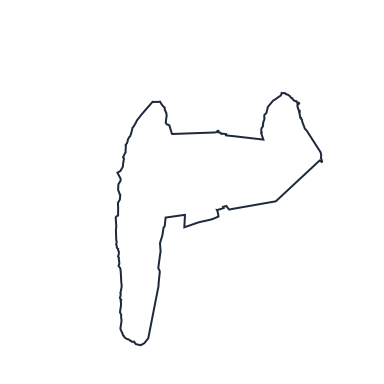 Hidalgo, Nuevo León, Mexico (Mercator projection), rotated 235°
{"feature_id": "50627088B74027010733111", "entity_name": "Hidalgo", "entity_type": "district", "adm_level": 2, "iso_a3": "MEX", "parent_name": "Mexico", "parent_adm1": "Nuevo León", "projection": "mercator", "projection_center": [-100.452, 26.003], "detail": "fine", "context": "isolated", "style": "outline", "palette": "slate", "viewbox_px": 384, "rotation_deg": 235, "n_neighbors": 0, "source": "geoboundaries", "source_scale": "gbopen_adm2", "svg_char_len": 4921}
<svg xmlns="http://www.w3.org/2000/svg" viewBox="0 0 384 384"><g transform="rotate(235 192 192)"><path d="M142.2,315.5L142.3,316.0L146.2,317.3L147.9,318.9L150.6,320.1L174.8,321.1L176.2,321.2L178.0,320.9L179.4,320.8L180.0,321.0L186.3,322.6L188.0,323.5L188.4,323.4L188.9,323.3L189.9,323.5L190.2,323.8L190.6,323.3L191.9,323.7L194.3,325.1L194.8,325.1L195.6,325.5L196.3,325.6L196.4,325.8L196.0,326.3L196.7,326.8L197.2,326.2L198.8,326.5L199.2,326.8L199.8,326.8L200.4,327.2L201.4,327.3L201.7,327.6L203.0,328.4L203.3,328.9L203.8,329.1L202.8,329.7L203.2,330.7L204.0,330.5L205.1,329.6L205.9,329.3L206.5,329.6L207.1,329.1L207.6,328.5L208.0,328.2L208.5,328.0L209.1,327.9L209.6,327.9L210.1,327.7L211.2,327.9L212.0,327.3L212.5,327.2L214.0,327.1L214.4,327.1L215.0,327.0L215.4,326.8L215.9,326.7L217.0,326.0L218.1,325.4L218.2,325.1L218.5,325.1L218.9,324.9L219.4,325.0L220.1,324.3L220.5,323.8L220.7,323.3L220.8,323.1L221.1,322.7L221.7,322.3L220.6,321.0L220.1,319.9L220.2,316.9L220.1,313.6L220.3,310.7L218.2,303.1L218.1,302.7L217.3,302.0L216.7,301.4L216.4,301.0L215.9,300.2L215.5,299.8L214.6,299.0L214.4,298.7L214.1,298.1L213.9,297.7L213.9,297.0L213.8,296.3L213.5,295.3L212.4,294.6L212.1,294.3L211.8,294.0L211.6,293.9L211.2,293.9L210.8,293.6L210.5,293.4L210.1,293.0L209.2,291.9L209.0,291.4L208.4,290.7L207.9,289.9L207.6,289.8L207.1,289.5L206.9,289.3L206.7,288.8L206.4,288.6L205.8,288.3L205.6,288.2L205.4,288.1L205.0,287.5L204.8,286.7L204.4,285.7L204.1,285.2L203.3,284.4L201.9,283.6L201.3,283.5L200.5,283.0L200.1,282.6L200.3,282.4L194.0,280.5L213.0,259.1L214.1,257.8L216.2,255.4L216.3,255.3L218.5,252.8L218.6,252.7L218.9,252.4L219.0,252.5L219.3,252.7L219.4,252.8L219.8,253.1L219.9,252.9L220.0,252.7L220.4,252.3L220.7,252.2L220.8,252.1L221.3,251.5L221.7,251.1L222.1,250.7L222.6,249.6L222.8,249.8L223.6,249.5L224.5,248.9L225.3,248.6L225.2,248.4L225.8,247.8L226.2,248.1L226.9,248.7L227.4,248.1L227.2,247.1L227.1,246.9L227.0,246.4L227.7,244.8L250.9,209.0L251.6,209.0L252.3,209.3L258.9,211.4L259.3,211.7L260.1,211.5L260.7,211.2L261.2,210.6L261.4,210.4L261.8,210.2L262.5,210.1L263.1,210.2L264.2,210.5L269.4,215.3L271.0,215.9L271.5,216.3L271.8,216.4L272.6,216.4L272.9,216.4L273.4,216.8L274.0,216.7L274.5,216.8L275.1,217.1L275.7,217.2L275.9,217.4L276.3,217.8L276.9,218.1L277.5,217.8L278.3,217.6L280.6,217.4L282.6,217.5L284.4,217.6L285.0,216.2L286.0,214.9L286.6,214.0L287.0,213.1L287.4,212.8L287.6,212.4L288.0,212.0L288.5,211.5L285.8,200.6L284.3,194.8L282.2,187.9L281.1,186.0L279.0,181.5L278.8,180.2L275.9,177.0L273.8,174.2L273.4,173.8L273.1,173.1L273.0,172.1L272.6,171.4L272.2,170.4L271.8,169.7L270.2,168.0L269.3,166.8L268.5,164.4L267.7,164.3L265.7,162.7L263.9,161.2L262.7,160.5L261.8,158.6L260.6,156.6L260.1,155.5L258.4,155.4L257.3,154.5L256.5,153.5L255.9,153.0L255.0,152.0L254.0,151.2L252.4,149.9L250.3,145.5L250.6,142.0L243.7,141.1L242.1,139.8L240.6,136.2L236.3,132.8L231.5,131.5L231.4,131.6L231.1,131.7L230.5,131.2L230.0,131.0L229.9,131.0L229.5,130.5L227.2,128.6L225.5,125.0L221.2,122.3L215.2,118.0L215.3,115.8L214.9,114.9L206.7,109.9L205.1,108.3L196.0,102.3L194.2,101.7L193.0,100.3L192.4,99.7L191.7,99.7L191.2,99.5L190.2,98.8L189.5,98.7L188.9,98.5L187.8,98.9L186.9,98.2L184.9,97.8L184.5,97.5L182.7,96.0L182.4,95.5L182.2,95.2L181.5,94.4L180.3,94.5L179.4,93.8L178.8,93.4L177.1,92.7L176.0,92.0L174.6,91.0L174.0,89.9L173.8,89.6L173.5,89.4L171.3,89.5L170.9,89.5L169.7,89.1L168.9,88.6L167.4,87.8L158.8,82.4L155.6,80.7L154.0,79.3L151.2,76.4L150.1,75.2L149.2,75.1L147.4,73.3L146.9,72.4L146.4,72.1L145.6,72.0L144.4,72.3L144.0,71.9L144.1,71.5L143.1,70.7L142.2,70.5L139.5,68.5L134.9,64.1L131.9,63.5L130.9,62.7L129.4,61.7L128.0,61.1L127.0,60.4L126.1,59.7L125.3,58.9L123.4,57.1L123.0,56.8L122.9,56.6L122.6,56.3L122.2,56.0L121.6,55.3L121.0,55.0L120.5,54.7L115.5,53.8L115.1,53.6L114.8,53.4L114.6,53.4L114.4,53.3L114.1,53.3L113.7,53.4L113.4,53.4L113.2,53.5L112.9,53.6L112.6,53.4L112.4,53.4L112.1,53.4L111.6,53.5L111.4,53.5L110.9,53.6L110.1,53.9L109.8,54.0L109.2,54.3L108.9,54.4L108.7,54.5L108.3,54.9L107.9,55.3L107.3,55.6L107.0,55.8L106.7,56.0L106.4,56.0L106.0,56.0L105.7,56.1L105.4,56.3L105.0,56.6L104.6,56.6L104.3,56.6L103.7,56.9L102.6,58.8L101.6,58.7L101.3,58.5L101.2,58.5L100.6,58.7L99.7,58.7L99.5,58.9L98.4,59.8L97.6,60.5L97.1,61.1L96.5,61.4L95.9,62.3L95.5,66.2L97.2,72.2L130.0,106.3L134.2,110.7L135.7,111.7L144.8,119.6L146.0,120.3L149.0,120.7L160.6,131.4L160.9,131.9L168.5,136.5L173.4,142.8L179.0,148.1L179.8,150.2L186.2,155.7L179.4,169.1L177.3,173.1L167.5,165.5L163.3,180.2L161.0,185.8L160.9,186.0L158.4,192.1L158.5,192.2L158.0,193.5L157.4,196.1L157.4,196.3L157.3,196.6L157.3,196.8L156.7,199.6L157.5,200.0L157.9,200.2L158.3,200.4L158.7,200.6L159.1,200.8L159.5,201.0L159.9,201.1L160.5,201.4L161.4,201.8L161.5,201.8L163.0,202.1L162.7,202.4L160.7,208.7L162.0,209.0L160.8,212.2L160.2,212.1L159.7,212.1L156.4,212.4L156.4,212.5L155.9,213.2L155.0,215.3L152.3,221.1L136.3,255.3L144.6,314.6L142.2,315.5Z" fill="none" stroke="#1e293b" stroke-width="2"/></g></svg>